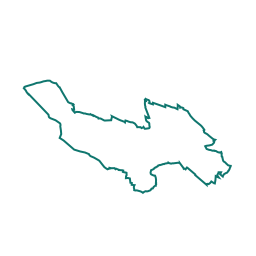 the district of Beekdaelen, Limburg, Netherlands, rotated 229°
{"feature_id": "6326949B16660020709385", "entity_name": "Beekdaelen", "entity_type": "district", "adm_level": 2, "iso_a3": "NLD", "parent_name": "Netherlands", "parent_adm1": "Limburg", "projection": "robinson", "projection_center": [5.879, 50.935], "detail": "fine", "context": "isolated", "style": "outline", "palette": "teal", "viewbox_px": 256, "rotation_deg": 229, "n_neighbors": 0, "source": "geoboundaries", "source_scale": "gbopen_adm2", "svg_char_len": 5557}
<svg xmlns="http://www.w3.org/2000/svg" viewBox="0 0 256 256"><g transform="rotate(229 128 128)"><path d="M33.7,150.0L34.2,150.3L34.2,150.5L33.9,151.0L33.5,151.6L33.0,151.7L32.7,152.3L32.6,154.0L33.0,155.8L29.9,156.7L29.9,156.8L29.2,157.2L31.4,159.9L34.1,162.6L33.2,162.9L31.1,164.0L33.1,164.2L33.5,164.3L33.9,164.5L34.0,164.7L34.3,165.5L34.6,166.5L35.2,167.3L34.5,168.1L33.5,169.2L32.6,167.2L29.2,167.7L29.5,168.2L29.9,169.3L30.1,169.9L30.1,170.1L30.1,170.5L29.7,172.5L29.4,173.2L29.3,173.5L29.4,174.1L29.7,175.2L29.7,175.4L29.9,175.7L29.8,175.9L29.8,176.1L30.4,177.7L30.8,178.3L31.6,180.0L31.9,180.6L32.0,180.7L32.5,180.2L34.2,179.1L35.0,179.0L35.3,179.0L36.8,178.8L38.2,178.8L39.8,178.3L40.6,178.3L41.2,178.5L42.6,179.2L44.3,180.2L44.8,180.0L45.0,180.0L45.8,180.7L46.4,181.1L46.8,181.4L47.0,181.6L47.1,181.9L48.7,182.6L48.8,182.2L48.6,182.1L49.5,181.1L49.4,181.0L50.4,180.2L51.5,179.7L52.8,179.3L53.1,179.1L53.6,178.7L53.8,178.5L54.0,178.2L54.3,178.3L54.6,178.0L55.0,177.5L55.3,177.1L55.4,176.9L56.0,176.5L57.0,176.0L57.2,175.8L58.4,174.8L60.6,173.6L63.6,174.3L63.2,175.4L61.8,177.5L61.2,178.5L60.2,180.6L60.2,181.2L60.4,182.1L60.4,182.9L60.6,183.4L61.1,184.2L61.3,184.4L61.5,184.5L62.2,184.2L62.3,184.1L62.5,184.3L61.9,185.5L61.9,186.1L62.4,185.8L62.5,185.4L62.9,185.1L63.2,185.2L64.8,184.8L68.7,184.1L71.0,183.8L71.8,183.6L73.6,182.9L74.3,182.7L75.3,182.8L76.1,183.8L76.4,183.7L76.5,184.4L77.2,184.5L77.3,184.4L77.4,184.5L78.3,184.6L80.0,184.7L81.6,184.7L83.0,184.5L89.9,183.3L92.9,183.1L96.2,183.1L98.3,183.5L100.1,183.7L101.3,184.1L101.5,184.1L105.8,182.1L106.7,182.8L107.1,182.7L108.4,181.9L108.6,181.6L109.1,180.7L109.4,180.9L109.7,181.3L109.9,181.3L111.0,181.2L111.9,180.9L112.8,180.7L111.8,179.9L111.3,179.3L110.2,178.3L109.7,177.7L113.0,176.3L114.3,175.1L115.5,174.4L116.1,174.0L116.7,173.9L117.4,173.5L119.9,172.0L121.1,171.4L119.3,169.8L124.5,166.9L130.6,163.4L129.5,162.3L132.0,160.8L132.0,161.0L133.1,160.5L133.1,160.8L133.3,161.0L134.1,161.8L134.8,161.9L135.6,161.9L135.9,161.6L137.8,160.6L138.1,160.5L138.0,160.4L138.2,160.2L138.3,159.9L136.6,159.2L136.8,159.0L137.5,159.3L138.1,159.4L138.2,159.2L137.3,158.6L135.4,156.8L134.0,155.8L132.8,155.2L132.7,155.2L132.0,154.5L121.6,150.7L122.1,149.9L122.2,149.6L122.4,149.5L122.7,149.7L123.0,149.6L124.3,149.1L124.6,148.7L125.1,148.6L124.8,148.4L123.6,147.7L123.4,147.6L123.5,147.6L121.9,146.7L121.5,146.6L119.9,146.7L118.4,147.2L118.1,147.2L117.6,147.1L115.6,145.6L115.0,145.3L114.5,145.0L114.1,144.4L114.0,144.0L114.1,143.6L115.9,140.8L116.5,140.1L118.6,140.4L118.5,140.0L119.0,138.2L120.4,138.0L120.9,137.3L121.2,137.1L121.4,136.9L122.1,136.1L122.5,135.5L123.0,135.6L124.1,136.0L125.1,136.0L126.6,136.1L127.1,136.0L129.2,135.2L129.3,135.1L130.6,133.8L132.3,132.7L133.9,131.9L135.3,131.0L134.2,129.4L135.2,129.3L136.2,128.7L137.4,128.1L138.4,127.5L140.5,126.5L143.0,125.5L143.4,125.3L147.5,123.6L147.0,123.4L146.9,123.2L145.7,121.4L144.9,120.4L148.9,115.3L149.3,115.0L153.0,113.6L153.8,113.0L154.5,111.9L155.5,112.2L157.0,111.4L160.5,110.1L160.2,109.7L163.1,108.7L163.0,108.3L163.6,107.7L165.7,106.0L167.2,105.1L168.0,104.1L168.7,103.8L171.8,101.9L173.2,100.5L174.0,99.6L174.2,99.3L174.4,97.9L178.0,97.9L178.6,98.2L178.1,98.5L177.2,99.4L180.0,101.3L181.4,101.2L181.4,102.3L181.5,102.3L182.1,102.3L183.3,101.5L183.9,101.3L184.1,101.0L184.8,100.6L186.7,99.8L198.1,101.9L203.1,103.0L203.1,102.9L203.6,102.9L203.8,102.9L204.4,102.8L205.8,102.8L208.9,103.2L209.4,102.6L210.4,101.8L211.5,101.1L212.9,100.5L214.9,100.1L215.8,99.2L216.8,98.0L217.4,96.8L218.6,94.9L219.8,92.0L220.4,90.9L221.9,88.7L223.1,85.4L226.7,77.6L226.8,77.2L226.7,77.2L226.4,75.5L225.7,75.5L223.4,75.5L221.9,75.1L219.7,74.9L218.5,75.0L218.6,75.3L190.2,76.7L188.5,75.7L188.1,75.6L187.7,75.5L186.2,75.9L181.4,78.4L176.7,79.6L175.9,79.7L175.3,79.5L174.8,79.2L174.4,78.9L173.9,78.2L173.7,78.0L170.1,75.7L167.2,73.6L165.3,69.9L160.9,71.2L147.0,73.2L141.7,76.5L137.7,79.5L133.9,81.4L132.7,81.1L131.3,81.3L128.0,82.9L124.3,84.2L122.8,84.7L122.0,84.9L120.0,84.8L118.4,84.7L114.0,84.5L111.7,85.0L110.8,85.3L110.3,85.4L109.9,86.4L110.1,86.4L109.7,87.5L110.1,87.9L109.0,88.7L108.8,88.6L108.5,89.2L106.6,91.4L105.3,91.5L105.4,91.9L105.3,92.2L102.4,93.7L102.3,93.8L102.2,93.8L102.1,93.7L99.8,96.0L99.6,95.9L99.0,96.5L98.5,96.1L98.1,95.4L96.9,96.2L95.9,97.1L95.2,97.5L93.3,96.0L93.2,95.5L92.8,94.8L91.5,93.5L90.4,95.1L88.7,96.3L85.1,93.9L84.0,94.8L82.7,93.5L80.6,95.4L80.3,94.6L79.7,93.8L79.0,93.2L77.8,92.6L77.0,91.9L76.1,92.5L75.3,93.5L74.9,93.9L72.5,95.5L71.5,96.1L70.5,96.4L70.1,96.6L69.9,96.8L69.3,96.8L69.2,98.4L68.8,99.7L68.5,100.1L67.9,100.5L67.3,101.3L66.4,103.7L66.3,104.1L66.4,104.6L66.8,106.0L66.3,106.6L66.1,107.0L66.7,108.8L66.6,110.5L66.6,110.9L66.4,111.1L66.6,111.2L66.8,111.9L67.5,112.4L67.4,112.5L67.7,112.7L68.0,113.2L68.2,113.3L68.3,113.3L68.6,113.4L70.4,115.1L72.2,116.3L73.8,117.0L74.2,117.1L74.5,117.1L74.7,116.9L74.9,116.5L75.3,116.2L77.5,115.2L77.9,115.1L78.4,115.1L79.3,115.6L79.6,115.8L81.0,117.8L80.8,118.3L80.7,118.5L80.3,120.0L80.2,121.1L80.4,121.4L80.3,122.6L80.1,122.8L80.0,123.0L80.1,123.3L79.8,124.8L79.7,124.8L79.6,125.2L79.7,125.7L79.9,126.1L79.8,126.4L79.4,127.2L79.3,127.6L79.0,127.8L78.4,129.1L78.1,129.9L77.9,130.2L77.8,130.8L77.6,131.1L77.1,131.5L77.0,131.9L76.9,132.4L76.7,132.9L76.4,133.3L75.7,134.5L75.0,135.6L75.2,135.8L74.4,136.0L73.8,136.5L73.1,136.9L72.7,137.3L72.3,138.2L71.4,139.2L71.2,139.6L69.0,142.9L67.7,144.0L67.8,144.1L61.4,143.6L60.9,143.4L60.9,143.7L59.7,144.1L59.0,144.3L59.6,146.5L59.3,146.7L48.8,148.3L48.4,147.8L33.7,150.0Z" fill="none" stroke="#0f766e" stroke-width="2"/></g></svg>